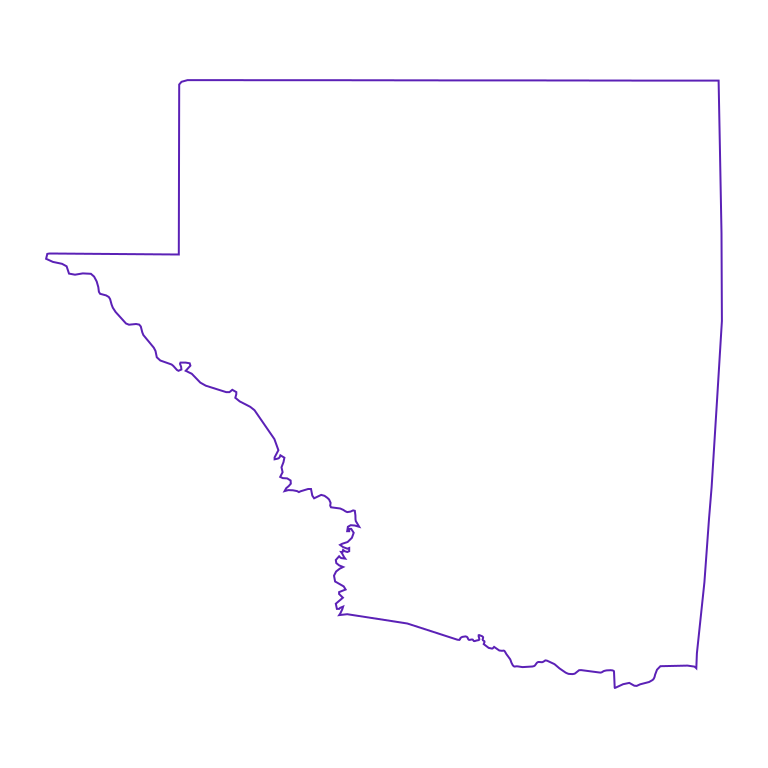 Petén, Mercator projection
{"feature_id": "GTM-1944", "entity_name": "Petén", "entity_type": "Department", "adm_level": 1, "iso_a3": "GTM", "parent_name": "Guatemala", "parent_adm1": "", "projection": "mercator", "projection_center": [-90.264, 16.829], "detail": "fine", "context": "isolated", "style": "outline", "palette": "violet", "viewbox_px": 768, "rotation_deg": 0, "n_neighbors": 0, "source": "natural_earth", "source_scale": "10m", "svg_char_len": 3760}
<svg xmlns="http://www.w3.org/2000/svg" viewBox="0 0 768 768"><path d="M721.5,233.1L721.9,321.0L717.0,400.8L711.6,487.3L709.0,519.0L704.4,582.4L696.9,653.3L696.3,668.2L696.1,668.0L695.9,667.8L694.4,666.6L687.5,665.6L660.4,666.2L657.0,669.7L655.1,674.7L654.6,676.8L654.2,677.8L653.7,678.8L652.6,680.0L649.1,682.0L640.2,684.3L636.7,685.9L634.3,685.7L629.3,682.9L623.1,684.2L615.3,687.8L614.9,687.9L614.7,687.6L614.0,671.6L613.7,670.9L612.5,670.4L610.6,670.2L606.5,670.4L604.7,670.8L603.4,671.2L602.8,671.7L602.1,672.1L601.4,672.4L600.5,672.6L599.4,672.5L581.1,670.1L579.1,670.2L575.6,673.0L575.0,673.5L574.2,673.8L572.6,674.1L568.7,673.9L567.3,673.4L565.6,672.6L559.5,668.4L554.8,664.4L554.0,663.9L547.1,660.7L546.2,660.5L545.3,660.4L544.2,661.2L542.6,662.1L541.8,662.2L539.2,662.0L538.3,662.0L537.6,662.3L537.0,662.7L536.5,663.3L535.3,665.0L534.9,665.5L534.5,665.8L534.0,666.1L532.4,666.5L522.5,667.1L517.9,666.4L516.7,666.3L515.6,666.4L514.8,666.6L513.8,666.3L512.8,665.3L511.4,662.6L510.9,661.1L510.2,659.3L506.3,654.0L505.3,652.2L504.4,650.9L503.7,650.6L502.0,650.8L499.3,650.5L494.1,646.9L492.8,648.3L492.1,648.6L488.7,647.9L483.7,644.1L484.5,642.0L484.4,641.3L483.8,640.8L483.0,640.3L482.6,639.5L482.6,639.4L482.7,639.2L482.9,638.6L483.1,637.9L483.1,637.2L482.6,636.6L482.0,636.2L479.8,635.3L479.2,635.1L478.7,635.2L478.6,636.1L479.2,638.5L479.3,639.1L479.3,639.5L479.1,639.8L478.6,640.1L476.2,640.6L475.4,640.9L474.5,641.1L473.8,641.0L472.7,639.6L472.2,639.5L471.4,639.5L469.8,639.9L468.7,639.7L467.9,638.6L467.6,637.6L466.8,636.8L465.5,636.4L462.3,636.9L461.0,637.6L460.2,638.4L460.1,639.0L459.9,639.4L459.8,639.5L459.4,639.9L457.4,639.7L407.3,623.5L347.2,614.2L339.2,615.1L340.3,613.5L342.3,609.2L343.1,606.6L341.5,607.3L340.7,607.6L340.2,607.8L339.1,608.9L336.9,608.9L335.8,603.7L342.9,597.7L339.1,594.0L339.1,592.1L345.6,589.5L343.7,586.4L335.1,581.5L334.0,575.7L336.1,571.5L339.7,568.7L343.1,567.0L339.2,565.4L336.3,563.1L335.8,560.0L339.1,556.3L340.4,557.6L341.3,558.1L345.2,558.6L344.0,557.0L342.2,553.6L341.1,552.0L342.5,552.1L342.8,551.7L342.8,550.9L343.1,550.0L344.9,551.3L347.3,552.0L349.2,551.2L349.2,548.0L347.4,548.7L343.1,547.1L340.1,544.9L342.1,543.8L347.6,542.0L351.9,537.8L353.7,532.8L351.2,528.9L349.2,528.9L349.2,531.2L347.2,531.2L347.9,526.8L350.7,525.2L354.7,525.5L359.2,526.8L355.8,521.1L355.5,519.3L355.4,515.3L354.8,510.8L353.1,510.4L350.5,511.6L347.2,512.1L345.4,511.3L343.3,509.9L340.2,508.5L331.0,507.3L330.2,505.6L330.6,502.9L329.1,499.5L327.3,497.8L324.5,495.8L321.2,494.9L314.1,498.3L312.3,495.6L311.0,489.0L308.1,489.0L300.5,491.3L298.9,492.1L297.1,491.1L293.0,490.3L288.3,490.1L284.6,491.1L286.2,488.2L288.8,486.0L290.8,483.7L290.6,480.5L287.2,478.4L282.7,478.1L280.2,476.9L282.6,472.2L281.5,467.3L283.5,462.1L284.4,457.7L280.4,455.3L279.6,457.3L278.6,458.3L277.0,458.8L274.6,459.3L274.6,457.4L278.4,450.2L274.4,439.1L254.5,410.2L250.2,406.8L239.7,401.4L235.3,397.8L236.3,394.2L236.3,392.1L232.3,389.8L229.5,392.1L226.1,392.1L205.8,385.7L200.3,382.6L191.8,373.8L185.7,370.8L190.4,365.7L189.7,363.3L185.7,362.6L180.5,362.6L180.0,363.9L181.1,366.7L181.4,369.5L178.5,370.8L177.0,370.0L173.3,365.9L171.6,364.5L160.3,360.5L156.8,357.3L155.5,351.0L153.8,347.7L143.4,335.1L142.3,332.4L140.8,326.5L139.2,324.6L136.1,324.0L129.0,324.7L126.0,323.5L115.6,312.0L112.8,307.7L111.6,304.6L110.1,299.1L108.8,297.0L106.1,295.4L100.1,293.8L98.9,291.8L98.3,287.1L96.7,281.5L94.1,276.6L90.9,273.8L82.8,273.4L75.0,274.7L69.0,273.6L66.6,266.3L62.0,263.8L52.9,261.9L46.1,258.8L47.3,253.9L48.8,253.6L49.5,253.5L178.8,254.5L179.0,169.5L179.2,84.5L181.5,81.8L187.6,80.1L200.3,80.1L265.1,80.2L329.9,80.2L394.7,80.3L459.5,80.4L524.2,80.4L589.0,80.5L653.8,80.6L718.6,80.6L719.9,147.5L721.5,233.1Z" fill="none" stroke="#5b21b6" stroke-width="2"/></svg>